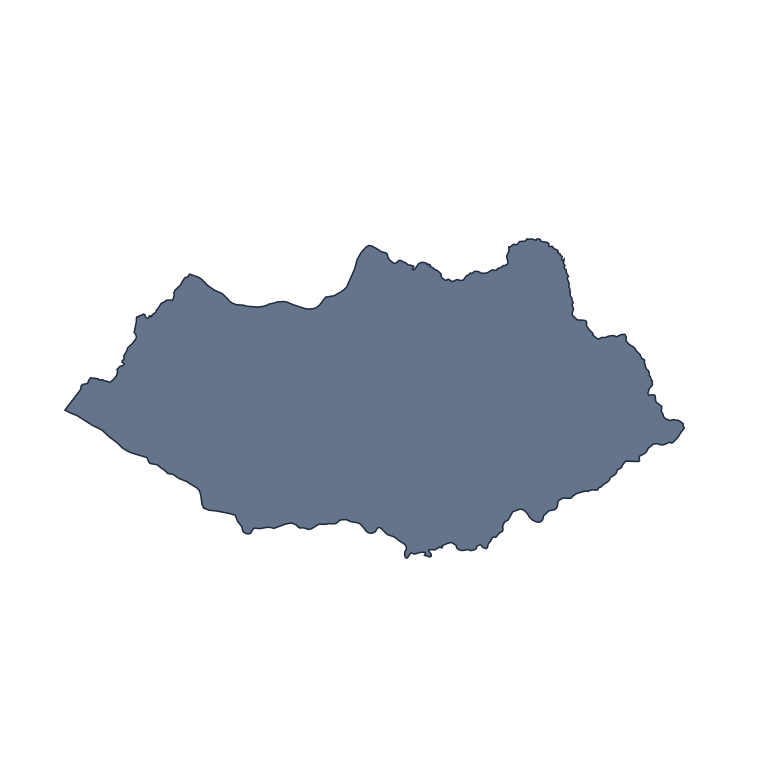 Ainaro, Ainaro, East Timor (Mercator projection), rotated 105°
{"feature_id": "22284137B67278963884363", "entity_name": "Ainaro", "entity_type": "district", "adm_level": 2, "iso_a3": "TLS", "parent_name": "East Timor", "parent_adm1": "Ainaro", "projection": "mercator", "projection_center": [125.494, -9.042], "detail": "fine", "context": "isolated", "style": "filled", "palette": "slate", "viewbox_px": 768, "rotation_deg": 105, "n_neighbors": 0, "source": "geoboundaries", "source_scale": "gbopen_adm2", "svg_char_len": 6155}
<svg xmlns="http://www.w3.org/2000/svg" viewBox="0 0 768 768"><g transform="rotate(105 384 384)"><path d="M546.0,316.4L540.6,314.5L540.1,313.3L540.5,310.6L536.8,304.5L536.1,300.9L536.9,300.1L539.0,300.6L539.2,294.9L538.3,293.9L537.5,293.8L535.9,294.6L533.9,297.3L533.0,297.8L532.0,296.4L531.0,291.8L526.9,287.8L527.5,286.0L526.7,285.2L525.2,285.9L521.5,281.4L519.6,277.9L521.1,272.8L523.5,271.3L524.2,270.1L524.8,268.4L524.8,266.1L523.6,262.7L522.2,260.5L522.5,257.0L520.8,253.8L519.5,252.5L516.3,252.0L514.4,249.4L514.7,248.1L516.0,246.9L516.5,245.7L516.4,242.3L515.2,241.8L511.5,241.9L507.5,240.1L504.9,239.8L503.9,239.1L502.9,236.2L497.8,233.8L495.6,231.4L493.2,231.5L490.8,232.6L486.8,232.0L485.8,231.6L483.2,228.8L474.1,226.6L469.9,220.6L469.3,218.1L470.1,215.4L471.8,212.4L475.3,208.7L477.2,204.8L477.8,200.6L477.6,198.9L476.4,196.8L473.9,195.5L470.1,195.8L464.5,192.3L463.7,191.8L461.5,186.8L459.4,185.3L456.9,184.9L452.8,185.5L450.9,184.7L447.9,181.6L446.1,174.1L444.7,173.0L443.4,172.6L439.8,169.4L435.1,161.6L434.9,158.9L433.8,157.9L432.3,155.4L431.4,150.9L430.8,150.1L428.6,149.7L427.2,147.6L423.9,145.7L420.5,142.5L417.7,141.2L415.9,141.4L411.9,137.5L410.3,136.6L406.9,136.4L403.1,132.9L400.8,132.7L396.0,130.7L393.0,118.0L392.0,117.3L388.9,118.5L387.5,118.4L383.8,114.4L381.7,113.0L377.5,112.0L372.4,108.2L371.0,105.0L371.1,100.9L370.7,98.9L369.5,96.9L366.5,93.4L366.6,90.8L365.7,89.8L359.8,86.4L353.3,84.4L348.7,82.5L347.2,84.1L345.0,84.6L343.3,88.5L342.9,90.8L343.5,93.2L343.3,94.8L344.2,96.7L345.3,97.8L344.6,103.4L343.2,105.4L340.5,107.0L338.9,108.9L333.8,109.9L331.2,116.1L330.4,117.0L325.1,119.1L324.7,119.6L324.9,121.7L326.1,125.3L325.6,126.3L324.0,126.7L319.6,126.5L315.6,124.5L314.6,124.6L313.2,125.5L311.1,125.8L311.1,126.7L307.8,128.8L307.5,129.7L303.7,131.1L302.5,132.4L302.0,133.8L299.7,135.9L296.8,137.2L295.4,138.6L294.4,138.2L293.4,138.5L292.8,139.9L292.8,141.3L291.3,142.9L289.4,144.1L286.8,148.5L284.4,151.3L283.4,153.3L282.4,157.2L279.7,161.4L276.1,162.1L273.8,164.0L273.8,165.1L275.2,168.1L277.9,171.2L278.2,171.9L277.8,174.2L278.3,176.5L279.9,179.9L281.8,182.2L282.6,185.6L283.8,187.2L284.8,187.6L285.0,189.9L282.7,194.8L281.0,195.3L278.4,199.8L275.7,203.0L274.6,203.8L272.3,204.1L271.0,204.9L270.6,207.2L272.0,213.6L270.8,216.4L269.6,218.0L269.9,218.6L268.7,219.8L266.9,220.6L262.9,220.2L260.0,222.0L259.3,222.9L256.5,222.3L254.9,223.8L252.3,224.8L250.8,226.7L249.7,227.4L246.3,227.9L246.0,228.6L243.4,229.4L242.3,230.7L238.9,231.2L234.8,234.3L233.6,234.4L232.7,233.6L231.8,234.1L228.9,236.9L226.5,237.5L225.8,239.6L224.8,240.3L222.6,239.8L221.3,241.8L216.8,242.4L218.5,243.3L218.3,244.1L217.2,244.7L214.6,244.9L214.0,247.1L212.8,247.4L212.2,250.3L210.8,250.1L209.8,250.9L209.3,254.7L207.4,257.2L208.4,259.1L208.0,260.5L205.5,261.3L205.6,262.5L204.9,262.8L205.5,268.3L205.4,269.9L204.1,270.3L203.8,271.1L204.1,273.6L205.8,274.3L205.6,279.1L206.5,280.6L206.8,283.5L209.4,284.5L211.3,289.9L215.0,291.7L215.4,294.5L216.3,295.8L218.6,297.3L219.3,299.0L223.4,297.7L227.5,298.5L229.4,298.4L234.6,295.6L237.3,296.3L237.3,297.0L238.4,298.0L238.7,299.4L241.5,301.6L243.0,304.0L245.1,305.0L245.8,308.1L245.5,308.5L247.0,310.4L250.0,313.1L251.8,318.2L251.1,321.1L251.1,323.8L252.1,326.1L254.0,327.2L254.5,327.9L254.4,329.4L256.5,330.3L258.0,332.3L263.3,334.4L264.3,337.4L264.1,339.2L264.5,341.2L266.4,342.7L266.5,343.4L267.5,344.5L266.1,348.7L266.7,350.0L267.5,350.3L268.0,351.7L267.1,353.6L266.9,355.2L264.7,356.7L263.3,357.1L261.9,359.0L260.3,362.7L260.4,364.7L259.2,366.5L258.4,369.9L257.5,369.8L257.0,370.5L256.7,372.1L257.6,372.6L256.2,374.5L256.5,378.5L258.2,381.1L259.0,381.8L265.6,384.1L266.2,385.0L265.7,386.4L264.0,385.5L262.6,385.7L262.4,386.6L262.9,387.0L262.2,388.6L262.8,391.5L261.2,394.5L261.3,396.4L260.3,399.4L260.9,401.8L263.9,403.6L265.0,405.6L262.7,410.8L260.3,413.1L257.9,414.3L256.9,415.7L256.8,421.4L255.4,425.1L253.9,431.2L254.1,434.6L256.6,436.9L259.3,438.3L263.2,440.2L268.4,441.6L270.9,442.2L280.2,442.1L300.1,445.2L304.9,448.2L311.8,455.2L315.1,462.8L325.1,467.0L327.7,469.1L329.8,472.2L331.4,477.4L331.6,480.4L331.0,491.3L330.0,499.1L330.3,502.2L332.4,508.6L333.8,510.4L336.8,516.1L338.3,517.6L340.6,521.4L342.4,526.1L344.4,536.9L344.2,540.0L345.6,547.0L345.2,551.1L344.2,554.5L342.2,557.0L338.5,563.7L337.3,571.8L334.4,579.9L330.0,587.3L328.8,591.0L328.2,600.3L331.2,601.2L332.7,603.6L333.5,604.1L339.2,605.9L340.7,606.0L347.4,610.1L350.2,610.7L352.7,609.6L357.6,609.8L359.3,615.8L361.6,617.5L363.8,620.1L370.4,622.1L371.4,623.0L373.7,623.0L377.1,625.7L379.3,626.2L378.6,627.7L379.6,628.5L381.1,628.5L381.8,630.2L381.4,631.3L378.8,633.1L378.7,634.6L380.3,635.9L381.4,638.1L383.2,639.0L383.2,640.1L384.9,640.2L387.3,639.4L398.9,638.7L400.3,636.7L402.9,635.2L404.7,635.4L410.0,637.5L415.6,641.1L417.7,640.9L424.1,642.6L426.9,641.5L429.6,642.9L430.8,642.7L431.5,640.5L432.2,640.0L433.6,640.8L435.1,643.5L439.0,645.7L440.6,644.7L442.9,644.4L445.2,644.6L449.3,646.3L453.4,649.1L453.0,652.3L453.3,654.5L452.7,656.8L453.8,660.2L452.9,661.6L454.0,669.2L457.1,670.2L460.2,670.5L462.5,675.2L464.5,676.1L466.5,675.7L468.6,675.9L491.8,685.5L493.1,679.7L493.9,672.6L499.4,655.1L501.4,644.7L506.2,635.7L510.2,625.8L513.5,620.2L515.5,613.3L516.0,608.4L516.4,594.7L516.8,593.4L519.5,591.7L521.3,589.5L520.7,582.1L522.7,578.0L523.7,574.6L526.5,569.5L525.9,565.7L526.1,563.8L528.3,557.8L529.3,549.5L532.9,537.8L534.5,535.1L535.6,534.2L539.0,532.1L547.4,528.7L550.6,526.0L551.2,519.9L550.1,513.5L549.1,500.2L549.3,493.7L554.5,489.9L558.4,484.7L563.1,482.0L564.2,478.8L564.0,476.4L562.9,474.2L558.4,473.0L556.7,471.8L555.9,466.6L552.5,459.3L551.9,455.9L552.0,453.0L545.2,443.5L542.7,438.6L542.2,436.2L543.0,431.9L544.2,430.4L544.9,427.9L543.8,424.8L544.0,419.1L543.6,418.0L541.3,415.2L536.4,410.8L534.5,403.6L533.2,401.3L532.4,397.4L531.2,394.3L527.1,391.3L526.1,389.7L524.7,385.0L525.6,381.3L524.9,373.1L525.3,371.1L528.0,366.6L530.7,363.3L531.6,361.3L531.8,358.7L530.9,356.4L529.0,354.2L524.9,353.0L524.0,352.1L524.0,349.8L528.6,341.8L529.1,334.3L531.3,329.3L533.6,322.2L536.3,319.9L537.5,319.7L541.1,320.5L544.6,319.5L546.2,318.2L546.4,317.3L546.0,316.4Z" fill="#64748b" stroke="#1e293b" stroke-width="1.5"/></g></svg>